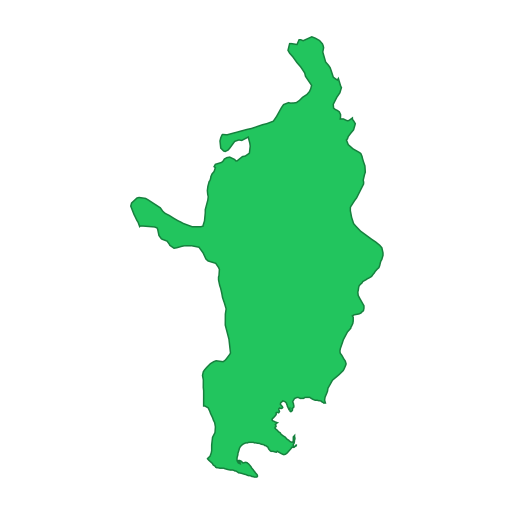 outline of Abshaway, Al Fayyum, Egypt, rotated 182°
{"feature_id": "37247803B9213477235230", "entity_name": "Abshaway", "entity_type": "district", "adm_level": 2, "iso_a3": "EGY", "parent_name": "Egypt", "parent_adm1": "Al Fayyum", "projection": "equal_earth", "projection_center": [30.701, 29.374], "detail": "fine", "context": "isolated", "style": "filled", "palette": "green", "viewbox_px": 512, "rotation_deg": 182, "n_neighbors": 0, "source": "geoboundaries", "source_scale": "gbopen_adm2", "svg_char_len": 6012}
<svg xmlns="http://www.w3.org/2000/svg" viewBox="0 0 512 512"><g transform="rotate(182 256 256)"><path d="M297.4,51.7L296.1,50.3L292.3,47.1L291.5,45.7L289.4,44.4L288.9,43.5L287.7,43.0L286.9,43.1L284.8,42.7L280.7,42.8L279.9,42.4L276.6,41.6L274.1,41.2L272.1,41.3L270.4,40.9L269.6,40.4L268.8,40.5L267.1,39.6L265.8,38.7L265.0,38.7L262.9,38.3L260.0,37.5L258.0,37.1L257.2,36.6L255.5,36.2L254.3,36.3L253.0,35.8L252.2,35.4L251.0,35.5L250.1,35.0L247.7,35.1L246.9,35.6L246.9,36.6L247.3,37.5L249.5,39.8L249.9,40.7L250.7,41.2L251.2,42.1L252.9,43.9L253.7,45.3L256.3,48.1L257.1,48.5L257.5,49.0L258.8,49.4L259.6,49.4L260.8,48.9L262.0,48.8L263.3,50.2L264.1,50.6L265.4,51.1L266.2,51.0L265.8,49.6L264.9,49.2L264.5,47.8L265.7,48.2L266.5,48.6L267.4,50.0L267.9,51.4L267.9,53.8L267.2,56.7L267.2,58.1L266.5,60.5L265.8,63.4L265.0,64.9L263.8,66.3L262.6,67.3L261.8,67.9L260.6,68.4L259.8,68.9L258.1,68.9L256.9,69.5L252.0,69.7L251.2,69.2L249.9,69.3L247.9,68.9L246.2,68.9L244.2,68.1L241.7,67.7L240.4,66.8L239.6,66.8L238.8,66.4L238.4,65.9L237.5,65.5L236.6,63.6L234.9,61.8L234.1,61.3L232.1,61.4L230.8,61.0L228.8,60.6L228.0,61.6L223.8,59.4L222.6,58.9L221.7,58.5L220.5,58.6L219.3,59.1L218.9,59.6L218.1,60.1L214.1,65.0L213.7,66.0L211.3,66.1L210.4,67.0L209.3,67.6L208.9,69.0L209.7,68.0L210.6,67.1L211.7,67.0L212.2,67.4L212.2,68.9L211.4,70.3L211.1,72.3L211.1,73.2L210.7,74.6L210.8,75.6L211.2,77.0L211.2,77.9L212.4,76.5L212.3,72.7L212.7,71.2L213.9,71.2L215.2,71.6L216.4,72.5L216.8,73.0L218.5,73.9L220.6,76.1L222.3,77.0L224.8,78.8L225.7,80.2L227.3,81.1L229.0,82.9L229.9,83.4L231.1,84.8L230.8,85.7L230.0,86.2L230.4,87.7L230.8,88.1L229.6,89.6L228.8,90.1L231.3,90.9L232.2,91.4L233.4,91.8L234.3,92.7L233.9,94.2L233.1,94.7L230.7,97.6L230.3,98.5L230.4,100.0L229.6,100.5L227.9,100.1L227.5,100.6L227.1,101.6L227.6,102.5L228.0,103.9L227.2,104.9L226.0,104.5L225.2,104.5L224.4,105.0L224.0,105.5L224.4,106.4L226.5,108.7L226.2,110.2L225.0,111.2L224.1,112.2L221.7,111.3L220.4,109.9L220.0,108.5L219.6,108.1L219.5,107.1L218.7,105.7L217.8,103.9L217.0,104.8L216.9,103.4L216.5,102.0L215.7,101.6L214.5,102.6L214.1,103.5L214.5,104.9L213.7,105.4L212.9,106.4L213.0,107.9L213.4,109.3L213.5,110.2L213.9,110.7L214.3,111.6L212.8,114.5L212.4,115.0L210.0,116.1L208.7,116.1L207.9,115.7L206.6,115.2L203.4,115.4L202.2,116.4L197.3,116.6L196.0,115.7L194.3,114.8L191.8,113.9L189.8,114.0L188.5,113.6L187.3,113.6L185.7,113.2L184.8,112.3L183.6,111.9L183.2,111.4L181.5,111.5L182.4,114.3L182.1,117.2L180.6,121.1L179.8,123.5L179.5,126.3L175.2,134.6L168.9,140.3L164.9,144.5L164.1,146.0L162.6,149.8L162.2,151.3L163.1,154.1L164.8,156.4L166.2,158.8L167.4,160.6L168.3,161.5L168.7,162.9L168.8,164.4L168.4,166.7L166.6,172.5L165.8,175.4L162.0,183.2L158.8,187.1L158.5,188.6L158.1,189.1L156.9,192.0L156.6,194.4L156.7,198.2L157.6,199.5L156.0,200.6L151.1,201.7L149.1,202.7L148.3,203.7L147.1,204.7L146.7,205.2L146.3,207.6L146.4,210.0L150.7,217.0L152.5,220.2L153.0,223.5L152.6,225.4L152.3,228.3L151.9,229.8L150.8,231.2L149.2,232.7L148.4,234.2L144.4,236.7L144.0,237.2L142.8,237.7L139.8,239.6L138.4,241.7L137.2,243.2L136.4,244.7L134.4,247.1L132.8,248.6L132.1,250.6L131.4,254.0L131.0,255.4L130.2,256.8L129.1,261.1L129.2,263.5L130.5,268.6L132.7,271.0L136.9,274.2L141.1,276.8L152.4,284.5L157.5,289.5L159.6,291.8L161.8,297.9L163.3,304.5L163.4,307.8L163.0,308.8L159.5,314.7L157.5,317.6L151.0,331.7L151.0,333.6L151.5,335.5L150.4,341.2L149.7,343.6L150.3,349.8L152.1,354.5L153.0,357.3L153.5,359.2L154.8,362.0L156.0,362.9L162.7,366.4L167.7,370.5L169.7,375.1L168.7,376.2L168.0,378.6L165.6,382.0L162.9,385.5L161.8,389.8L161.4,391.7L163.2,394.5L164.4,395.9L164.5,397.3L167.7,394.8L168.9,394.3L170.5,394.7L173.4,396.0L176.6,395.9L176.4,397.3L176.4,400.2L177.8,403.0L179.8,404.3L181.9,405.2L183.6,406.5L184.1,410.3L180.7,417.6L177.9,422.0L176.5,427.3L177.3,428.7L179.9,436.3L180.8,434.7L182.4,435.6L185.0,437.4L187.2,443.5L188.5,446.8L190.2,449.1L193.2,452.3L196.4,462.2L195.7,466.5L196.2,468.4L197.0,470.3L200.0,473.5L204.2,475.7L207.9,477.0L216.4,472.8L218.9,473.7L220.5,473.6L222.4,468.8L228.1,469.5L229.8,469.4L231.2,462.7L229.5,459.9L226.1,456.3L221.8,450.7L218.0,446.6L216.3,444.3L213.7,440.6L212.8,437.3L206.4,428.5L207.1,425.1L208.3,422.2L210.7,419.2L215.0,416.2L218.2,412.8L221.0,410.7L223.9,410.2L227.2,410.0L228.8,410.4L233.7,408.3L235.6,405.4L240.3,396.2L243.4,391.3L249.9,388.6L253.9,387.5L264.9,383.3L269.3,382.2L289.2,376.1L293.6,376.3L294.1,375.9L295.3,373.0L296.0,369.7L295.0,362.6L292.0,359.8L290.4,359.4L287.5,361.0L286.0,362.9L281.3,369.8L277.2,371.4L274.3,371.0L267.9,374.6L266.1,368.5L265.6,365.6L266.2,358.5L270.2,355.5L273.0,354.9L278.2,350.4L279.4,350.3L280.7,351.7L285.7,353.9L288.5,353.3L291.0,351.8L292.1,349.8L293.7,348.3L299.8,346.2L301.0,343.8L299.7,342.9L300.8,339.0L302.8,336.5L303.9,333.6L303.9,332.7L304.6,329.8L305.4,328.8L306.5,324.0L306.9,319.7L306.4,315.9L305.8,313.6L306.1,310.2L308.3,300.6L308.2,297.3L308.7,289.2L309.8,285.3L310.0,284.0L312.2,283.3L320.8,283.0L329.9,286.0L332.4,287.3L335.4,288.6L339.5,290.8L344.1,293.5L347.0,294.8L348.7,295.7L350.8,297.5L353.3,300.8L365.9,308.4L368.4,309.7L374.9,310.4L377.0,309.8L382.2,304.6L382.9,301.5L379.3,293.1L378.5,291.7L376.3,287.5L375.0,285.6L373.3,281.4L372.9,281.9L370.0,282.0L358.5,281.5L356.0,280.7L355.2,279.3L353.7,273.1L351.2,269.9L350.4,269.5L345.4,267.8L343.2,265.0L342.4,263.6L338.2,260.9L335.4,261.5L330.5,263.1L328.0,263.7L320.7,264.0L313.3,262.8L309.0,257.3L305.9,251.2L303.8,249.4L300.9,248.6L296.0,247.3L293.0,243.2L292.1,241.3L292.3,235.1L292.7,233.7L292.6,230.8L291.2,225.1L290.3,222.8L288.9,217.6L288.0,213.4L286.6,209.6L286.2,208.7L284.0,202.1L284.6,196.9L284.3,185.9L280.1,171.8L278.1,158.1L278.9,156.6L282.0,152.2L283.2,150.7L285.2,149.2L292.2,149.9L294.6,148.9L297.8,146.8L301.4,142.9L303.4,140.4L304.6,138.5L305.3,134.7L304.3,130.4L304.1,122.8L303.6,119.5L303.1,104.3L301.9,104.3L298.5,102.6L296.8,99.3L295.9,97.0L293.7,92.8L292.8,90.4L291.5,88.1L290.6,83.8L290.8,78.1L293.1,73.3L293.7,65.6L293.5,59.9L293.9,57.5L295.0,54.2L296.6,52.7L297.4,51.7Z" fill="#22c55e" stroke="#15803d" stroke-width="1.5"/></g></svg>